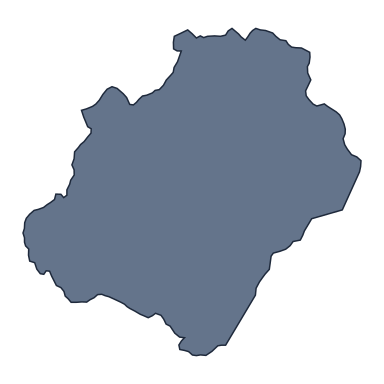 outline of Cajazeiras do Piauí, Piauí, Brazil
{"feature_id": "56859067B2210430930497", "entity_name": "Cajazeiras do Piauí", "entity_type": "district", "adm_level": 2, "iso_a3": "BRA", "parent_name": "Brazil", "parent_adm1": "Piauí", "projection": "robinson", "projection_center": [-42.476, -6.786], "detail": "fine", "context": "isolated", "style": "filled", "palette": "slate", "viewbox_px": 384, "rotation_deg": 0, "n_neighbors": 0, "source": "geoboundaries", "source_scale": "gbopen_adm2", "svg_char_len": 2418}
<svg xmlns="http://www.w3.org/2000/svg" viewBox="0 0 384 384"><path d="M24.7,222.7L24.4,228.5L23.0,233.0L24.5,237.8L24.5,242.2L25.6,245.9L28.7,249.0L28.5,255.2L29.7,261.1L34.7,262.7L36.8,269.1L40.3,273.7L43.8,274.3L46.2,270.8L49.6,271.2L51.6,276.0L56.4,285.5L60.9,287.6L64.0,291.5L65.2,296.1L68.2,298.8L71.1,302.3L76.4,302.3L81.9,301.9L86.7,302.1L89.9,299.8L94.1,297.7L97.6,294.6L101.8,294.3L105.2,295.7L108.9,296.7L114.6,299.3L120.6,302.1L124.5,304.2L127.0,306.6L129.9,308.5L134.7,311.0L140.3,314.3L143.5,315.6L148.2,317.7L152.4,315.7L155.5,313.3L161.0,315.3L163.7,319.1L166.1,324.1L170.1,326.1L174.8,333.2L179.6,337.1L184.5,337.7L181.4,341.0L178.9,345.0L179.8,349.5L184.4,350.4L188.6,351.6L192.4,355.0L196.4,355.6L200.5,354.9L205.9,355.4L211.9,351.4L217.8,345.8L221.4,345.2L225.6,345.2L255.4,295.2L256.1,288.2L259.4,282.0L262.0,278.3L265.1,274.1L269.3,269.4L270.2,262.9L271.1,256.2L273.3,253.1L279.9,251.3L285.7,249.2L290.1,245.7L293.1,241.5L300.3,240.1L302.7,235.4L304.4,230.9L311.7,218.7L342.3,209.9L359.5,171.9L360.6,166.7L361.0,160.7L356.8,156.9L351.5,154.7L347.3,149.1L344.7,144.7L343.1,138.7L345.1,133.8L345.3,129.2L344.0,124.0L341.8,118.7L339.6,114.9L336.1,111.8L331.7,109.0L327.6,106.4L324.3,103.9L320.8,104.9L316.8,106.0L313.1,104.1L308.9,99.5L306.2,95.8L305.6,90.9L307.7,86.5L310.8,79.9L307.7,73.0L307.4,66.6L309.2,63.2L310.0,57.1L309.7,52.3L301.5,48.0L295.6,47.7L291.6,47.1L288.3,44.4L285.9,40.7L280.1,39.8L275.8,36.3L272.7,33.0L268.7,31.6L265.5,30.5L260.3,29.9L255.8,28.4L252.6,30.5L250.1,33.2L247.7,37.0L245.3,40.2L241.1,36.9L238.6,34.0L232.0,28.4L228.2,30.9L225.6,35.1L220.5,36.3L214.6,35.9L207.5,36.3L203.7,37.6L200.3,35.9L196.4,38.0L192.1,33.7L187.7,29.9L180.5,33.4L174.3,36.3L173.4,42.3L173.6,48.9L177.1,50.9L181.3,51.0L177.5,61.8L174.1,67.4L173.2,72.4L170.1,75.9L166.3,80.0L163.5,85.2L159.3,89.6L155.1,90.4L152.4,92.9L146.7,95.2L142.5,96.0L138.9,99.4L136.5,102.3L133.4,104.9L129.7,104.4L126.6,97.5L123.2,93.7L117.1,88.4L112.0,86.7L107.1,89.2L102.9,94.4L99.3,100.2L95.8,104.1L92.5,106.4L86.4,108.9L81.5,110.3L83.7,117.0L86.2,123.0L87.7,126.7L91.2,128.8L91.0,133.1L87.5,137.2L84.1,141.6L80.6,144.5L78.4,147.5L74.6,151.8L74.1,158.8L71.9,164.9L74.1,169.8L74.2,175.0L70.7,180.2L69.7,184.2L66.9,189.9L66.9,195.2L63.7,197.6L60.9,194.3L55.9,194.1L54.5,199.5L50.4,202.6L47.2,204.6L43.5,207.5L38.2,209.4L34.1,210.4L29.7,214.2L26.3,218.3L24.7,222.7Z" fill="#64748b" stroke="#1e293b" stroke-width="1.5"/></svg>